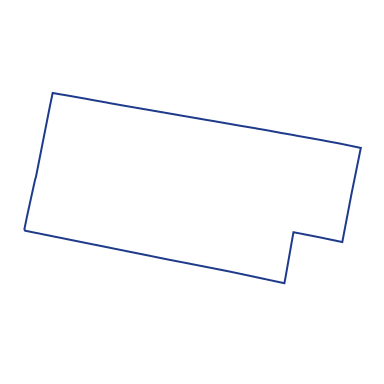 outline of Fulton, Arkansas, United States of America, rotated 10°
{"feature_id": "52423323B70135651340823", "entity_name": "Fulton", "entity_type": "district", "adm_level": 2, "iso_a3": "USA", "parent_name": "United States of America", "parent_adm1": "Arkansas", "projection": "equal_earth", "projection_center": [-91.82, 36.375], "detail": "fine", "context": "isolated", "style": "outline", "palette": "blue", "viewbox_px": 384, "rotation_deg": 10, "n_neighbors": 0, "source": "geoboundaries", "source_scale": "gbopen_adm2", "svg_char_len": 736}
<svg xmlns="http://www.w3.org/2000/svg" viewBox="0 0 384 384"><g transform="rotate(10 192 192)"><path d="M51.0,118.6L43.2,118.7L37.6,118.7L37.2,130.7L35.7,204.3L35.3,207.2L33.8,243.6L33.4,257.8L34.4,259.1L177.8,262.6L242.7,263.8L298.8,265.8L298.9,261.4L298.9,214.0L322.8,214.4L348.7,215.2L349.4,166.0L350.6,119.3L328.2,118.6L314.9,118.5L311.7,118.4L310.6,118.4L306.2,118.4L285.2,118.4L282.9,118.3L275.6,118.3L269.5,118.4L264.5,118.3L251.2,118.2L245.1,118.3L244.4,118.2L226.9,118.4L209.3,118.4L201.0,118.4L194.4,118.5L193.2,118.5L191.5,118.5L165.4,118.6L164.7,118.6L111.1,118.8L109.8,118.8L96.1,118.8L91.9,118.7L79.9,118.7L79.2,118.7L71.3,118.6L60.8,118.6L51.0,118.6L51.0,118.6Z" fill="none" stroke="#1e3a8a" stroke-width="2"/></g></svg>